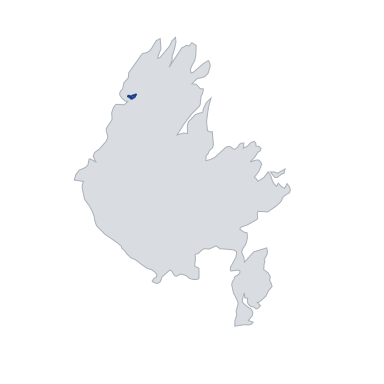 location of Cork City South West Lea-7, Cork, Ireland, rotated 141°
{"feature_id": "5873133B2000011981509", "entity_name": "Cork City South West Lea-7", "entity_type": "district", "adm_level": 2, "iso_a3": "IRL", "parent_name": "Ireland", "parent_adm1": "Cork", "projection": "orthographic", "projection_center": [-8.54, 51.864], "detail": "fine", "context": "in_parent", "style": "filled", "palette": "blue", "viewbox_px": 384, "rotation_deg": 141, "n_neighbors": 0, "source": "geoboundaries", "source_scale": "gbopen_adm2", "svg_char_len": 4917}
<svg xmlns="http://www.w3.org/2000/svg" viewBox="0 0 384 384"><g transform="rotate(141 192 192)"><path d="M232.8,71.5L226.4,76.2L225.4,78.0L223.7,85.1L223.5,87.1L219.5,95.0L217.2,96.7L213.7,98.0L211.8,99.3L209.3,98.7L206.1,98.8L204.6,100.2L204.6,101.3L205.6,102.5L211.5,106.1L211.1,107.6L209.5,109.3L199.1,113.6L196.0,116.2L194.9,117.9L196.0,120.7L204.5,129.1L205.9,130.0L207.2,135.0L214.7,136.9L217.7,140.0L220.4,140.7L226.1,140.3L228.4,141.5L229.7,140.6L230.4,138.9L236.6,132.8L234.6,128.3L240.8,120.6L242.6,120.6L245.7,122.9L248.2,126.1L249.1,130.4L251.5,134.3L253.1,135.6L257.2,136.3L258.2,137.8L257.6,143.5L258.3,145.3L268.7,144.9L272.8,142.3L276.5,142.6L278.3,145.1L279.2,147.7L276.1,148.8L272.8,148.3L271.3,150.1L271.3,153.4L272.5,157.6L274.8,160.6L276.8,167.3L278.5,174.8L280.9,179.3L281.6,185.0L281.3,187.8L281.9,192.7L281.0,194.5L281.9,199.2L286.3,214.2L287.4,226.0L285.7,230.5L283.3,234.8L281.7,239.8L280.6,245.2L280.1,253.9L274.8,264.2L272.5,266.8L269.7,268.5L276.0,275.4L271.2,278.7L265.7,279.9L259.7,278.2L255.9,278.5L251.3,282.3L250.2,281.7L247.8,275.9L246.3,282.0L242.8,284.0L236.9,283.7L227.0,285.4L223.2,287.2L221.6,289.9L220.5,293.0L219.0,294.9L217.2,295.9L209.5,298.2L208.0,299.2L204.5,304.2L199.8,307.1L196.0,308.0L192.5,305.1L191.1,303.4L189.5,302.5L184.2,302.7L185.8,303.5L186.9,305.6L187.5,309.5L186.9,313.4L184.3,315.4L181.1,315.7L176.2,319.8L169.7,320.8L166.1,324.5L144.4,330.6L143.2,330.7L140.2,329.1L137.0,328.3L133.8,328.8L124.6,332.1L120.2,331.3L126.0,322.8L133.6,318.5L134.4,317.3L131.9,316.7L117.6,319.5L112.6,322.0L107.6,322.6L110.0,318.7L116.5,313.5L122.1,310.0L124.5,306.9L131.3,303.3L109.5,310.4L103.9,309.4L102.6,307.3L98.1,308.1L96.6,303.1L103.3,295.6L107.2,292.4L111.7,290.7L116.1,288.3L117.8,285.2L115.8,284.2L102.8,284.7L96.6,283.9L97.0,281.4L98.2,278.7L104.7,274.2L108.2,273.6L111.3,274.1L116.7,276.9L124.0,276.2L121.0,273.1L120.6,267.1L118.3,265.0L121.3,262.2L124.8,260.6L130.5,254.9L132.5,254.0L143.7,252.8L155.8,249.8L167.7,245.7L161.6,243.3L158.7,240.2L154.0,246.4L150.6,248.8L141.0,250.0L138.0,249.2L133.7,247.2L132.4,247.9L131.1,249.4L124.8,252.4L118.1,253.0L125.9,247.5L135.9,238.1L138.1,235.1L141.3,229.9L140.3,227.5L138.3,226.1L145.5,215.4L148.0,213.5L152.5,213.2L155.8,211.5L157.3,211.5L158.6,210.9L161.5,207.6L157.1,205.6L152.5,204.5L138.2,205.4L136.4,205.2L134.6,204.1L133.5,202.7L132.7,199.0L131.6,198.2L128.4,198.1L125.3,199.2L123.0,199.0L120.9,197.4L124.4,193.7L120.0,192.7L115.5,193.4L111.8,192.2L111.7,189.8L113.4,187.5L111.3,185.2L110.9,182.4L113.3,181.0L115.8,181.5L121.1,179.6L127.9,178.7L122.1,176.5L119.9,174.7L119.8,172.0L120.3,169.7L127.1,165.9L134.2,164.3L133.7,161.7L134.2,158.9L127.1,158.0L120.0,159.8L120.8,154.5L122.6,149.8L123.0,146.6L122.7,143.2L119.4,144.6L119.1,139.8L117.8,136.5L112.9,138.7L113.1,134.4L114.5,131.4L117.1,130.1L119.6,130.7L124.3,130.8L128.9,128.6L135.4,128.1L145.8,128.9L152.8,135.4L154.7,134.3L157.6,130.2L158.9,129.8L169.7,131.6L176.3,134.0L178.1,133.2L177.2,128.7L174.9,125.6L177.8,121.5L181.2,118.8L183.6,117.4L189.0,115.7L191.3,114.0L192.8,108.8L195.3,104.4L181.8,106.7L169.0,101.5L171.1,97.9L173.8,95.8L178.4,94.2L178.9,92.3L181.2,90.7L185.1,86.6L183.7,81.1L184.4,77.1L187.2,74.5L188.1,70.8L189.3,68.1L194.9,67.1L200.3,64.5L208.7,64.1L210.8,65.1L210.3,60.6L214.2,60.0L215.7,60.8L216.5,64.0L218.3,66.0L218.9,69.6L217.7,72.3L215.7,74.4L217.6,76.6L214.8,80.5L217.9,78.8L222.2,74.9L221.9,71.8L221.1,67.9L219.8,64.4L220.3,60.5L222.7,58.0L229.1,56.7L226.4,52.3L228.8,51.9L231.3,52.8L235.1,56.1L243.2,60.8L239.4,65.2L234.7,68.2L232.8,71.5ZM118.6,156.3L118.4,158.3L115.3,155.7L113.8,152.8L105.2,151.3L108.9,148.6L110.6,149.5L116.7,149.7L118.4,150.9L118.6,156.3Z" fill="#d9dde1" stroke="#a8b0b8" stroke-width="1"/><path d="M181.8,306.6L181.5,306.3L181.5,306.2L181.2,306.1L181.1,305.8L181.2,305.7L181.1,305.3L181.1,305.2L181.2,304.8L181.1,304.7L181.0,304.4L180.9,304.2L180.7,303.9L180.8,303.7L180.8,303.3L180.7,303.3L180.7,303.2L180.7,302.9L180.7,302.7L180.2,302.6L179.8,302.6L179.9,302.4L180.0,302.4L179.9,302.2L179.8,302.3L179.6,302.2L179.5,302.3L179.4,302.2L179.2,302.2L178.8,302.2L178.7,302.1L178.4,301.9L178.2,301.8L177.8,301.8L177.6,302.0L177.4,302.1L177.1,302.0L177.1,302.3L176.9,302.4L176.8,302.2L176.7,302.0L176.5,302.3L176.4,302.3L176.2,302.3L175.9,302.2L175.8,302.3L175.7,302.4L175.4,302.4L175.2,302.4L174.7,302.6L174.3,302.7L174.2,302.7L174.1,302.8L174.2,303.0L174.1,303.3L174.6,303.4L174.9,303.5L175.0,303.5L175.4,303.7L175.6,303.8L175.9,303.8L176.2,303.8L176.3,303.9L176.5,304.0L176.8,304.1L177.0,304.3L177.3,304.3L177.3,304.5L177.5,304.5L177.8,304.6L178.1,304.6L178.3,304.6L178.7,304.7L178.8,304.7L179.1,304.4L179.1,304.6L179.3,304.8L179.5,304.8L179.4,305.1L179.5,305.3L179.7,305.6L179.9,305.8L179.9,306.0L180.2,306.4L180.3,306.5L180.6,306.6L180.6,306.8L180.9,307.1L181.0,307.1L181.3,306.8L181.3,306.7L181.4,306.8L181.6,306.8L181.8,306.6L181.8,306.6Z" fill="#3b82f6" stroke="#1e3a8a" stroke-width="1.5"/></g></svg>